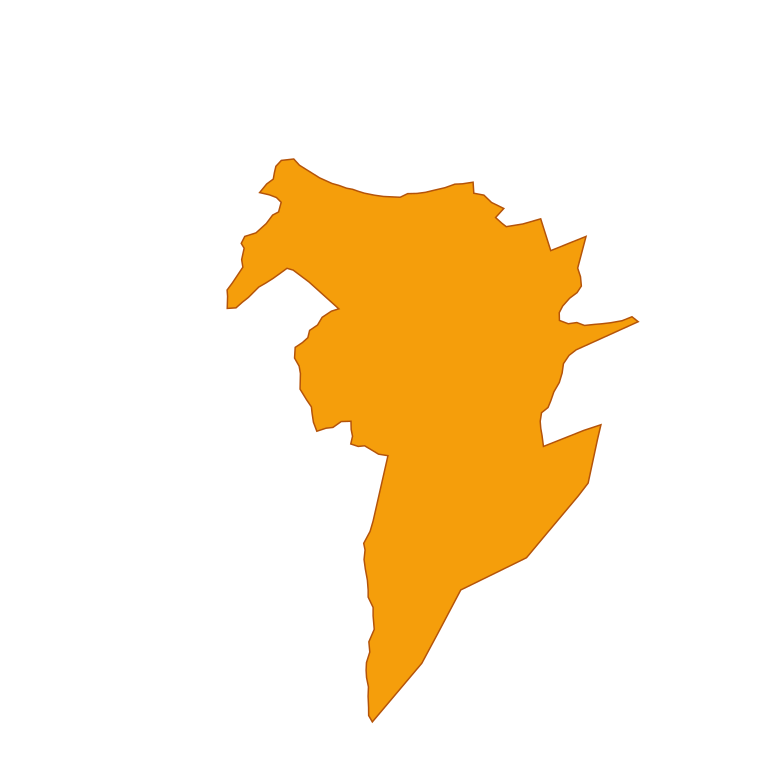 Ribeirão, Pernambuco, Brazil, rotated 45°
{"feature_id": "56859067B42431368650205", "entity_name": "Ribeirão", "entity_type": "district", "adm_level": 2, "iso_a3": "BRA", "parent_name": "Brazil", "parent_adm1": "Pernambuco", "projection": "natural_earth1", "projection_center": [-35.39, -8.52], "detail": "fine", "context": "isolated", "style": "filled", "palette": "amber", "viewbox_px": 768, "rotation_deg": 45, "n_neighbors": 0, "source": "geoboundaries", "source_scale": "gbopen_adm2", "svg_char_len": 2078}
<svg xmlns="http://www.w3.org/2000/svg" viewBox="0 0 768 768"><g transform="rotate(45 384 384)"><path d="M219.7,441.4L225.5,434.8L226.0,426.3L226.9,418.7L226.9,404.0L229.0,396.2L230.9,387.7L232.3,379.2L233.6,370.8L239.2,367.7L258.9,364.9L298.9,362.8L295.3,369.7L293.1,380.6L295.3,389.3L293.5,398.7L297.4,405.1L297.0,412.5L295.3,420.9L302.4,428.9L311.4,431.4L317.5,435.7L328.3,447.0L340.4,449.9L348.8,451.5L353.8,455.5L361.1,460.9L369.9,464.9L374.3,456.2L378.6,450.8L380.3,440.8L387.0,433.7L393.0,439.4L398.7,443.2L402.9,449.9L409.9,446.4L414.0,441.4L429.7,437.5L437.5,431.9L473.2,488.6L478.4,498.1L482.3,511.0L488.0,514.8L494.0,522.2L501.6,528.0L510.9,534.4L518.6,541.0L523.5,545.9L534.3,549.7L540.3,555.7L550.6,564.4L555.6,577.0L563.5,583.6L568.6,593.4L573.7,599.0L579.2,603.9L587.2,609.2L593.6,616.1L601.9,623.7L607.6,629.3L614.7,631.2L608.2,554.7L598.6,522.9L583.9,475.3L587.5,464.9L607.6,406.1L604.7,373.9L600.5,325.7L598.4,309.7L574.0,272.0L566.2,259.4L558.1,275.5L540.9,315.4L532.2,308.7L526.2,304.5L520.8,299.9L515.7,292.9L516.6,284.6L513.8,277.9L509.7,269.5L506.9,259.0L502.2,250.3L496.5,242.7L494.6,232.9L495.7,224.0L519.7,160.2L511.8,161.1L507.6,170.9L500.9,180.5L495.2,187.7L490.7,193.0L484.4,200.8L476.9,204.2L471.7,211.1L463.1,215.0L457.5,209.7L455.2,202.5L454.6,192.0L455.9,182.9L454.3,175.2L447.1,169.2L439.0,165.1L422.5,136.8L416.2,151.5L407.6,171.8L378.0,156.4L369.0,172.7L359.2,186.3L353.6,187.0L345.2,187.4L344.6,175.2L331.7,179.6L321.1,179.8L312.6,185.6L304.3,178.3L297.9,187.0L292.8,192.6L288.3,202.1L282.2,211.9L277.8,219.1L272.6,225.9L266.1,232.7L263.4,240.5L258.8,244.7L251.1,251.7L243.8,257.2L235.1,263.0L229.4,266.0L224.2,268.5L219.1,272.0L211.6,275.5L205.6,278.9L198.7,281.5L192.6,283.8L176.1,287.6L169.5,289.1L161.1,288.7L153.3,298.5L153.6,306.5L156.9,311.8L160.8,317.4L159.6,325.5L160.7,336.6L169.2,331.3L176.1,328.2L182.8,328.2L187.8,336.9L185.8,343.3L187.3,353.8L186.6,367.7L181.2,378.1L183.6,385.5L189.1,386.9L195.4,396.7L201.6,401.2L205.3,419.7L206.6,428.5L211.4,432.6L219.7,441.4Z" fill="#f59e0b" stroke="#b45309" stroke-width="1.5"/></g></svg>